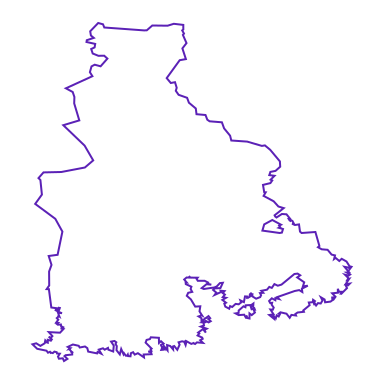 outline of Larvik nor, Vestfold, Norway
{"feature_id": "86288312B65509327591170", "entity_name": "Larvik nor", "entity_type": "district", "adm_level": 2, "iso_a3": "NOR", "parent_name": "Norway", "parent_adm1": "Vestfold", "projection": "equal_earth", "projection_center": [10.003, 59.143], "detail": "fine", "context": "isolated", "style": "outline", "palette": "violet", "viewbox_px": 384, "rotation_deg": 0, "n_neighbors": 0, "source": "geoboundaries", "source_scale": "gbopen_adm2", "svg_char_len": 5967}
<svg xmlns="http://www.w3.org/2000/svg" viewBox="0 0 384 384"><path d="M183.3,24.9L173.8,23.8L167.6,25.7L152.3,25.5L146.8,30.3L144.1,30.4L104.3,27.5L103.0,24.3L98.2,23.0L90.2,31.3L90.9,35.5L93.8,37.9L86.8,40.2L86.5,42.0L95.2,43.9L94.6,47.4L91.2,49.0L92.7,53.5L98.4,55.8L104.2,55.7L107.4,58.6L100.6,66.3L94.7,64.7L91.5,66.4L89.9,72.2L92.4,76.2L65.9,88.3L72.7,92.0L74.4,97.0L74.2,103.4L79.3,120.4L63.3,125.2L84.6,145.6L93.2,160.4L84.9,167.5L61.3,172.0L43.5,172.4L38.5,178.1L40.4,180.0L41.9,194.6L35.2,203.9L55.3,218.8L62.4,231.6L57.6,254.8L48.7,256.0L51.5,264.9L49.1,271.5L49.2,285.5L46.7,289.1L48.9,289.2L51.3,307.5L56.5,308.2L55.6,310.2L56.9,310.9L58.9,308.1L57.9,307.6L59.8,308.0L58.4,311.8L62.0,313.2L58.0,312.7L59.4,316.5L57.9,315.5L58.5,316.6L56.8,318.1L58.3,319.7L56.1,322.7L58.0,322.9L56.8,323.9L57.8,324.7L60.9,324.5L61.1,326.2L64.2,327.7L61.7,327.0L61.4,328.5L63.5,329.0L60.0,332.7L48.8,332.1L52.4,336.1L51.0,337.7L48.7,336.8L51.8,339.4L50.9,340.7L47.8,339.8L47.8,342.7L45.6,342.0L45.7,340.7L45.3,340.3L44.7,343.3L40.4,345.9L36.2,343.3L32.5,344.3L37.2,348.8L46.5,350.7L48.0,352.7L50.0,351.8L51.3,353.6L51.0,352.6L52.8,353.1L54.4,351.6L56.7,352.2L57.0,353.5L59.8,353.7L58.0,356.6L58.9,358.7L62.8,358.3L64.0,361.0L67.4,358.9L64.5,356.1L65.6,355.2L72.2,354.5L72.2,351.3L71.9,352.3L70.5,351.4L71.4,351.5L69.5,349.5L70.1,348.7L69.0,349.0L69.9,348.0L67.8,346.9L72.9,344.5L78.7,345.8L79.7,347.5L85.0,346.5L87.3,348.1L88.2,351.6L97.1,353.4L97.6,351.9L101.3,353.7L98.8,349.6L103.0,348.3L104.7,349.7L108.0,347.9L108.4,349.7L113.2,351.5L113.8,345.7L111.1,341.6L114.5,341.0L116.3,342.3L115.5,344.0L116.8,346.1L116.5,350.2L119.8,354.4L121.2,349.0L123.5,354.3L124.0,353.2L125.8,355.7L127.8,355.8L127.5,355.0L127.8,354.5L128.2,356.1L130.5,356.3L130.9,353.2L133.1,352.2L134.7,354.6L137.9,353.2L144.0,357.4L143.7,354.5L151.6,354.2L151.1,352.3L148.3,351.6L151.4,351.0L150.6,349.3L151.6,348.6L145.6,342.6L146.6,339.9L149.9,339.1L150.8,337.3L158.9,337.8L159.0,342.9L161.0,341.2L163.6,343.6L160.9,345.0L162.2,347.7L161.3,349.9L163.4,349.7L163.2,347.6L164.4,348.7L164.1,346.3L167.5,350.4L167.1,345.1L170.2,346.0L173.1,349.4L172.9,346.5L174.2,346.0L177.3,349.8L179.6,344.7L178.6,342.3L182.1,341.3L184.2,341.8L185.6,345.1L186.1,343.1L184.4,341.9L185.7,340.8L191.3,343.9L194.4,342.7L193.6,343.4L195.1,344.0L196.9,342.4L203.0,342.9L200.2,340.2L202.7,338.8L202.2,337.6L197.6,335.5L199.3,333.5L198.1,332.6L202.9,329.1L205.8,332.6L204.4,329.9L206.7,328.7L200.8,326.6L204.0,325.4L203.5,323.0L204.4,322.6L202.5,322.4L205.8,320.9L208.6,322.4L210.7,321.2L208.3,319.0L210.1,318.1L208.5,316.1L201.5,321.2L201.5,318.2L198.6,316.4L201.3,315.5L200.3,314.6L202.1,315.5L199.5,311.4L200.3,306.3L195.2,306.6L190.9,299.4L186.8,295.8L188.2,292.8L192.2,291.9L190.6,289.0L191.4,286.7L185.8,284.1L185.6,282.0L186.5,282.2L184.2,279.5L186.6,277.5L189.9,277.6L189.0,276.0L190.3,277.6L197.6,277.7L196.6,278.9L197.8,280.8L204.6,280.8L208.0,282.5L207.2,283.6L211.3,284.7L206.5,284.2L201.7,288.1L203.8,289.0L215.5,287.3L214.7,286.8L216.2,287.0L219.9,283.1L222.8,282.8L220.4,288.1L214.8,288.4L213.1,289.9L216.3,292.6L214.7,294.9L221.1,292.0L220.6,290.7L224.5,291.1L222.8,293.1L224.9,294.6L222.8,297.1L226.0,297.8L222.4,299.9L226.0,302.7L224.3,303.6L225.3,306.6L229.2,308.7L230.1,306.1L232.2,307.0L235.6,303.9L238.7,304.3L241.2,302.4L240.4,300.4L243.9,302.1L245.0,296.4L247.0,296.5L247.1,297.8L249.4,297.0L249.9,294.3L251.6,292.8L249.9,296.5L252.4,294.8L252.4,296.4L256.1,298.7L260.2,297.1L261.1,295.2L260.0,293.1L263.2,292.8L261.3,290.8L267.0,289.7L269.3,286.9L271.8,287.9L274.4,284.1L277.8,285.7L281.5,284.6L294.4,274.0L297.6,273.6L300.2,275.3L297.2,277.4L304.2,282.3L302.9,286.4L307.8,285.7L301.9,288.7L302.3,292.0L299.2,290.1L294.7,291.0L277.2,297.1L279.0,299.0L275.4,298.1L275.3,300.2L271.8,298.3L269.1,301.0L270.2,303.0L272.1,302.8L271.6,304.6L273.7,307.6L272.8,309.7L270.4,309.5L273.6,314.4L269.3,315.0L273.9,318.7L273.0,315.5L275.8,318.4L276.7,315.4L278.7,316.5L279.9,314.2L278.7,313.7L280.4,312.3L286.5,313.7L289.7,317.8L291.4,314.9L296.0,315.5L295.4,314.0L297.6,312.5L303.9,311.8L303.3,310.4L309.6,305.2L308.8,302.5L312.8,302.2L313.1,299.8L314.9,301.1L313.7,302.4L314.4,305.2L314.7,303.1L316.1,305.5L318.0,303.1L320.7,303.5L322.5,300.5L320.9,297.3L324.6,299.5L325.1,302.3L330.5,301.6L332.4,300.2L332.2,297.5L334.0,297.4L334.2,298.6L335.5,296.8L332.2,293.3L337.9,292.7L337.8,288.8L339.1,291.8L342.4,291.8L340.8,293.7L341.3,293.8L347.0,288.1L345.6,285.2L348.0,285.4L349.8,283.6L345.6,284.2L349.1,279.0L347.5,279.6L348.4,278.1L345.0,274.7L348.6,275.6L350.1,274.5L346.7,272.5L349.1,272.3L344.5,266.8L349.1,267.7L349.5,269.4L351.5,266.8L349.5,266.2L346.5,261.5L341.7,258.8L339.3,261.0L335.6,257.9L334.1,259.0L335.0,255.4L331.6,254.6L327.6,249.8L321.7,249.3L318.0,247.2L319.4,246.0L315.4,232.0L301.6,233.0L300.0,231.6L299.0,224.4L294.9,225.0L292.0,223.7L294.0,223.9L292.4,220.9L289.2,219.3L291.2,221.4L289.6,220.4L288.6,218.8L289.9,218.5L286.5,214.3L281.9,214.0L276.5,217.5L275.2,216.5L274.6,215.3L283.7,208.1L278.4,206.5L273.7,201.3L263.6,195.9L265.7,192.3L264.2,192.2L263.0,184.9L270.4,183.1L272.2,180.5L270.6,179.7L274.5,175.8L269.3,175.1L270.4,171.9L275.5,170.9L280.2,166.7L279.9,161.4L270.2,149.8L264.9,145.4L261.9,145.9L247.2,141.6L231.3,140.5L230.1,135.7L224.1,128.4L221.9,122.3L209.6,121.3L207.3,119.7L205.5,115.0L196.5,114.2L195.8,108.5L188.9,102.7L187.1,97.8L178.6,94.8L175.8,90.8L176.7,87.8L175.0,82.2L170.8,83.0L166.7,78.1L179.7,60.2L185.9,59.1L182.4,48.4L186.5,43.1L182.9,34.9L184.0,33.6L182.2,30.4L183.3,29.5L183.3,24.9ZM279.7,233.0L262.4,230.6L264.2,224.4L272.3,220.0L281.0,224.7L279.1,225.6L280.1,227.1L278.8,227.8L283.0,229.0L281.9,232.6L279.7,233.0ZM253.4,303.5L251.3,305.0L245.7,305.3L245.4,307.2L243.5,306.3L238.7,310.5L238.6,312.9L235.6,313.4L238.7,315.1L244.2,314.7L245.6,317.2L247.2,315.6L246.3,317.8L249.5,318.5L249.5,313.4L251.7,315.1L254.9,312.5L253.3,309.2L254.8,309.5L254.3,308.2L251.6,309.2L250.7,306.5L253.2,306.5L253.4,303.5Z" fill="none" stroke="#5b21b6" stroke-width="2"/></svg>